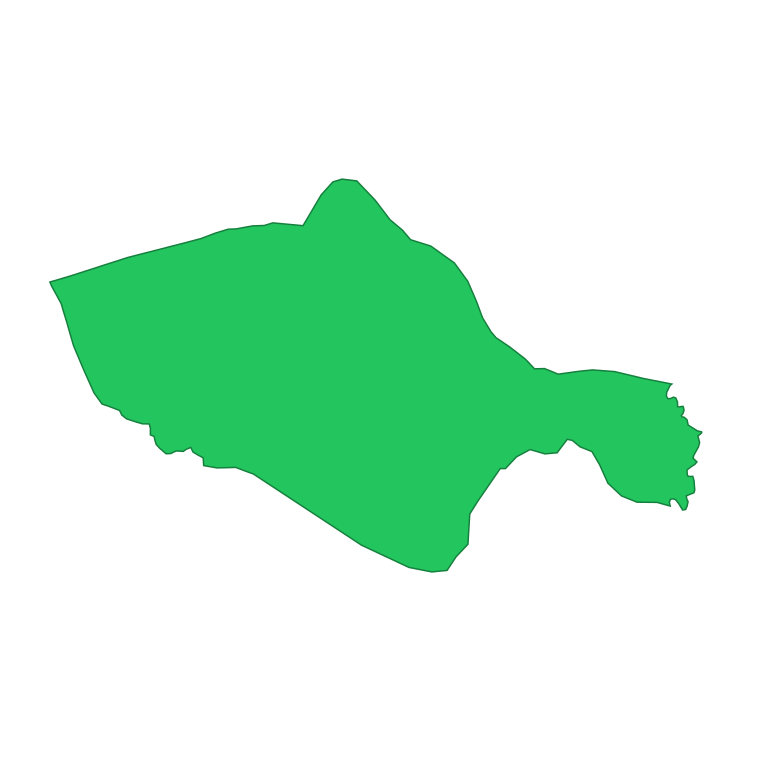 outline of Gbao, Grand Gedeh, Liberia, rotated 73°
{"feature_id": "62588387B49218131763508", "entity_name": "Gbao", "entity_type": "district", "adm_level": 2, "iso_a3": "LBR", "parent_name": "Liberia", "parent_adm1": "Grand Gedeh", "projection": "albers", "projection_center": [-8.462, 6.068], "detail": "fine", "context": "isolated", "style": "filled", "palette": "green", "viewbox_px": 768, "rotation_deg": 73, "n_neighbors": 0, "source": "geoboundaries", "source_scale": "gbopen_adm2", "svg_char_len": 2431}
<svg xmlns="http://www.w3.org/2000/svg" viewBox="0 0 768 768"><g transform="rotate(73 384 384)"><path d="M373.3,262.7L372.4,263.4L365.4,266.4L349.5,270.4L332.6,271.4L328.5,271.8L310.1,273.9L290.8,280.6L288.7,281.4L275.5,291.5L265.8,298.9L253.8,316.4L251.0,317.6L245.0,320.2L242.6,321.2L228.7,330.2L223.0,332.3L205.7,338.7L181.8,350.7L175.8,364.2L175.8,366.5L175.8,373.8L184.8,388.8L206.5,412.5L208.9,415.2L197.4,443.2L197.4,452.2L194.4,463.3L192.4,480.3L190.4,487.8L190.4,492.3L190.4,501.4L191.4,516.4L190.9,530.5L190.7,534.8L188.6,581.0L188.1,592.4L189.0,654.0L188.8,673.7L193.4,673.2L212.1,669.3L216.0,669.2L217.0,669.3L233.8,669.3L236.3,669.4L256.6,669.7L279.2,667.4L284.5,666.8L307.7,663.9L320.7,659.5L324.0,654.9L324.9,653.6L325.4,653.1L327.2,650.7L332.0,644.6L337.1,643.8L342.1,640.3L347.6,632.5L349.4,629.8L351.5,626.6L353.5,620.3L354.4,620.3L357.8,620.3L364.4,622.3L366.8,619.3L367.7,619.2L370.3,619.5L375.3,619.5L380.2,617.1L384.3,614.5L387.0,612.8L388.2,608.1L387.5,604.6L387.4,601.8L388.6,598.7L389.8,595.6L389.4,594.5L388.6,592.0L388.2,587.3L391.7,586.8L393.3,586.5L395.4,584.6L397.6,582.6L401.7,578.5L404.7,579.2L409.3,580.3L415.4,568.3L418.2,558.3L420.4,550.2L428.0,540.4L431.9,535.2L483.2,492.7L531.6,452.6L566.7,413.8L577.7,393.2L580.7,378.2L570.3,365.6L561.8,350.6L533.4,340.0L523.2,328.2L498.9,297.6L500.4,292.6L492.7,279.1L492.4,278.6L489.4,263.5L497.9,250.5L500.4,238.5L495.9,232.4L490.5,224.9L493.0,220.4L501.4,214.9L509.4,204.9L524.4,201.4L542.4,199.1L544.3,198.9L560.5,189.6L565.8,183.0L571.0,176.6L577.0,157.6L584.4,146.0L580.7,145.7L578.0,143.9L578.2,141.6L579.6,139.1L584.6,137.1L591.8,135.3L592.2,132.2L589.4,129.8L585.3,127.6L582.5,128.1L579.3,127.6L579.2,126.4L578.6,119.3L576.2,117.8L567.1,115.8L562.6,115.7L561.9,118.5L560.8,120.4L559.0,120.4L554.8,119.4L553.1,114.9L551.7,110.2L550.0,107.5L549.1,108.0L545.3,110.1L542.9,108.7L536.1,101.7L532.3,99.3L527.8,99.1L525.3,99.0L524.7,96.8L523.5,94.4L522.6,94.3L520.5,97.9L515.6,102.2L512.2,105.1L506.6,104.7L503.3,106.9L502.8,108.5L501.2,109.0L499.8,106.9L497.0,104.8L494.2,104.5L492.9,104.5L492.4,106.4L492.4,108.3L491.5,109.9L487.2,108.6L482.7,109.0L481.2,111.1L481.7,114.5L481.0,116.8L478.2,117.5L474.6,116.1L469.0,110.8L468.2,108.8L454.5,134.4L439.5,159.9L431.5,180.5L429.0,193.0L425.5,214.6L420.6,220.5L417.5,224.4L416.2,225.9L413.5,235.6L401.8,241.4L386.1,252.4L385.4,252.9L373.3,262.7Z" fill="#22c55e" stroke="#15803d" stroke-width="1.5"/></g></svg>